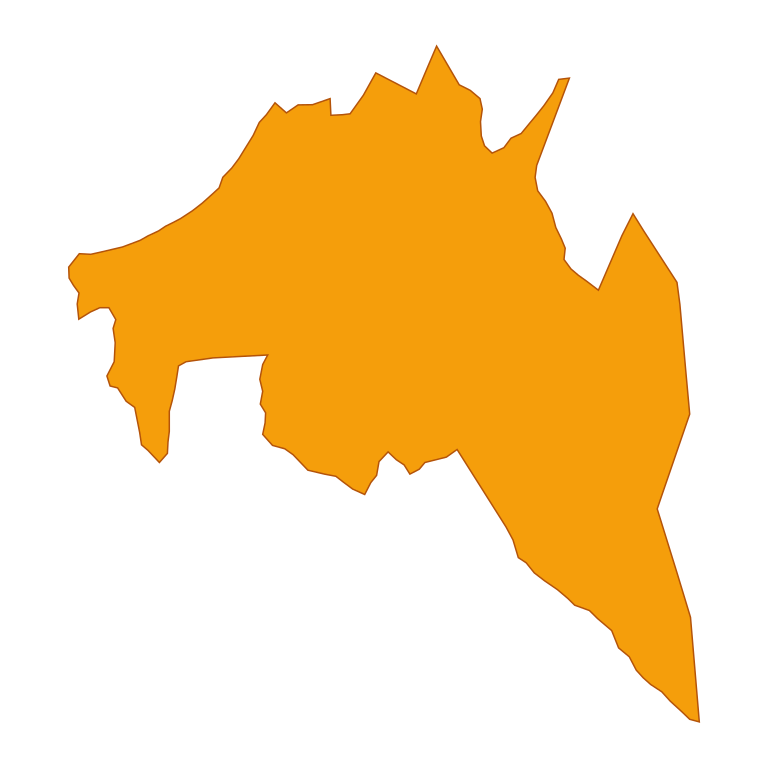 the district of Ribeirão, Pernambuco, Brazil
{"feature_id": "56859067B42431368650205", "entity_name": "Ribeirão", "entity_type": "district", "adm_level": 2, "iso_a3": "BRA", "parent_name": "Brazil", "parent_adm1": "Pernambuco", "projection": "natural_earth1", "projection_center": [-35.39, -8.52], "detail": "fine", "context": "isolated", "style": "filled", "palette": "amber", "viewbox_px": 768, "rotation_deg": 0, "n_neighbors": 0, "source": "geoboundaries", "source_scale": "gbopen_adm2", "svg_char_len": 2017}
<svg xmlns="http://www.w3.org/2000/svg" viewBox="0 0 768 768"><path d="M159.4,462.5L167.4,453.4L168.0,441.9L169.3,431.4L169.3,411.3L172.2,400.7L174.8,389.0L176.7,377.5L178.5,365.9L186.1,361.7L213.0,357.9L267.7,355.0L262.7,364.5L259.8,379.3L262.7,391.3L260.3,404.1L265.6,412.8L265.1,422.9L262.7,434.4L272.5,445.4L284.8,448.8L293.1,454.7L307.9,470.2L324.4,474.1L335.9,476.3L342.8,481.7L352.7,489.1L364.7,494.5L370.8,482.6L376.6,475.4L379.0,461.6L388.1,451.9L396.3,459.7L404.1,464.9L409.9,474.1L419.3,469.2L424.9,462.5L446.4,457.1L457.1,449.5L506.0,526.9L513.0,539.9L518.3,557.6L526.2,562.8L534.3,572.9L544.7,580.9L557.4,589.6L567.9,598.5L574.7,605.2L589.4,610.5L597.6,618.6L611.7,630.6L618.6,647.9L629.3,656.8L636.3,670.2L643.2,677.8L650.7,684.5L661.8,691.8L670.4,701.3L681.8,711.7L689.7,719.3L699.3,721.9L690.5,617.3L677.3,573.8L657.2,508.9L662.1,494.5L689.7,414.1L685.7,370.2L679.9,304.4L677.0,282.4L643.7,230.9L633.0,213.7L621.9,235.7L598.4,290.2L586.5,281.1L578.4,275.3L571.0,269.0L564.0,259.5L565.2,248.2L561.4,239.0L555.8,227.5L552.0,213.2L545.5,201.3L537.7,190.8L535.1,177.4L536.7,165.4L569.4,78.1L558.7,79.4L552.9,92.8L543.8,105.8L535.9,115.7L529.9,122.9L521.2,133.5L511.0,138.2L503.9,147.7L492.1,153.1L484.5,145.8L481.3,136.0L480.5,121.6L482.3,109.2L480.0,98.6L470.3,90.4L459.2,84.8L436.6,46.1L428.0,66.2L416.3,93.9L375.8,72.9L363.4,95.2L350.1,113.8L342.5,114.7L330.9,115.3L330.1,98.6L312.5,104.7L298.1,104.9L286.4,112.9L275.0,102.8L266.4,114.7L259.3,122.4L253.2,135.4L244.9,148.8L238.8,158.7L231.8,168.0L222.8,177.3L219.1,187.9L212.9,193.6L202.3,203.1L192.4,210.8L180.5,218.6L172.7,222.7L165.6,226.2L158.6,230.9L148.3,235.7L140.2,240.3L130.7,243.9L122.4,247.0L99.8,252.3L90.8,254.3L79.3,253.7L68.7,267.1L69.1,278.1L73.5,285.4L79.0,293.0L77.2,304.0L78.8,319.2L90.4,312.0L99.8,307.7L108.9,307.7L115.8,319.6L113.1,328.4L115.2,342.7L114.2,361.7L106.9,376.0L110.1,386.0L117.6,387.9L126.2,401.3L134.7,407.4L139.7,432.7L141.5,444.8L148.0,450.4L159.4,462.5Z" fill="#f59e0b" stroke="#b45309" stroke-width="1.5"/></svg>